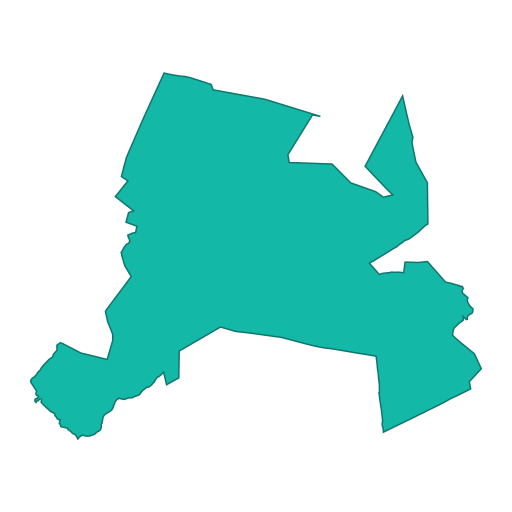 outline of Amatenango del Valle, Chiapas, Mexico
{"feature_id": "50627088B92291205530410", "entity_name": "Amatenango del Valle", "entity_type": "district", "adm_level": 2, "iso_a3": "MEX", "parent_name": "Mexico", "parent_adm1": "Chiapas", "projection": "albers", "projection_center": [-92.415, 16.516], "detail": "fine", "context": "isolated", "style": "filled", "palette": "teal", "viewbox_px": 512, "rotation_deg": 0, "n_neighbors": 0, "source": "geoboundaries", "source_scale": "gbopen_adm2", "svg_char_len": 5935}
<svg xmlns="http://www.w3.org/2000/svg" viewBox="0 0 512 512"><path d="M402.6,95.9L395.6,109.1L391.6,116.7L387.6,124.1L383.4,132.0L378.9,140.4L374.9,147.9L365.1,166.3L369.1,170.5L376.6,178.4L384.9,187.1L387.9,190.2L391.7,193.8L392.9,194.9L383.5,197.2L381.7,196.0L375.7,191.7L350.8,182.9L332.0,164.0L324.7,163.8L297.9,162.8L289.2,162.6L287.9,154.7L312.5,114.9L320.4,116.4L264.6,99.2L218.4,90.8L213.1,89.8L211.1,84.4L193.1,78.6L190.8,77.9L189.2,77.4L184.4,76.4L183.6,76.4L183.4,76.4L180.3,76.1L171.9,74.8L165.9,73.5L164.1,73.0L143.1,119.0L128.8,151.9L126.2,158.1L125.1,162.7L124.1,166.0L123.2,169.6L123.1,170.1L122.8,171.1L122.6,171.9L122.1,174.0L121.4,176.5L122.9,177.6L123.4,177.9L123.9,178.2L127.9,180.9L123.7,186.1L122.9,187.2L122.5,187.7L122.1,188.1L122.0,188.3L121.4,189.1L120.8,189.8L119.5,191.5L119.4,191.7L118.8,192.3L118.4,192.8L117.9,193.5L117.0,194.6L116.7,195.0L115.7,196.2L115.3,196.6L116.5,197.5L117.8,198.5L119.1,199.5L120.1,200.3L121.4,201.4L123.0,202.6L124.4,203.7L125.7,204.7L133.6,210.9L128.6,212.6L126.8,219.2L126.8,219.3L126.8,219.5L126.7,219.8L126.0,222.2L136.9,226.2L135.6,232.6L132.2,233.1L131.5,233.6L127.8,235.1L128.1,236.1L128.4,237.5L128.7,238.0L129.0,238.4L129.4,239.5L129.6,241.3L129.9,241.6L129.1,242.5L128.0,243.6L126.6,244.2L124.9,246.3L124.0,247.5L123.6,248.1L123.2,249.1L122.8,249.9L122.6,250.1L121.8,251.5L121.1,252.6L121.5,253.3L121.7,253.6L121.8,253.8L121.7,254.6L121.6,255.2L121.8,255.6L121.9,256.1L122.0,256.4L122.5,257.1L122.5,258.7L122.9,259.1L124.7,265.5L131.2,276.6L119.2,292.7L116.9,295.7L105.4,311.2L107.7,321.7L112.7,334.3L112.8,340.2L112.3,341.9L107.2,359.5L85.1,354.0L81.0,353.1L79.3,352.2L62.7,343.6L60.3,342.7L56.9,345.2L57.0,350.3L54.5,353.0L53.1,354.9L53.1,355.6L52.8,356.2L52.5,357.0L51.9,357.5L51.5,357.8L50.9,358.1L49.8,358.8L48.9,359.6L44.4,364.2L43.7,365.0L42.9,365.8L42.5,366.7L41.8,367.3L41.3,367.9L40.8,368.9L40.4,369.8L39.9,370.4L39.0,371.1L38.2,372.0L37.4,372.9L37.0,373.7L36.8,374.4L36.1,374.9L35.3,376.0L34.9,376.2L33.7,377.4L32.7,377.9L31.2,379.4L31.0,380.1L30.7,380.9L30.7,381.7L31.0,382.6L34.7,388.1L35.7,389.6L36.3,390.8L36.6,391.5L36.3,392.3L35.9,393.1L35.9,394.0L36.1,394.6L36.5,395.2L37.2,395.7L38.5,396.0L38.5,397.1L37.4,398.2L36.3,398.4L35.4,399.0L34.9,399.8L34.9,401.1L36.0,402.5L37.0,401.1L37.5,400.3L37.9,400.4L38.3,400.6L38.7,400.3L39.1,399.6L39.6,398.9L40.6,398.8L41.5,399.4L41.1,402.2L43.8,405.2L50.6,411.5L53.3,412.8L54.6,413.8L54.8,414.4L55.0,415.8L56.2,416.8L57.4,419.0L59.0,419.8L60.2,419.7L60.1,420.4L59.3,423.4L60.5,424.8L60.8,426.6L67.7,428.2L67.9,428.7L68.0,429.5L68.2,429.9L68.6,429.9L69.2,430.1L70.8,431.7L71.4,432.0L72.2,433.0L73.1,433.8L74.0,434.1L75.1,434.7L75.9,435.2L76.3,436.1L76.4,436.5L77.0,437.2L77.8,439.0L78.9,437.7L79.6,436.9L79.9,436.6L80.8,436.2L81.4,435.7L81.4,435.4L82.0,435.2L82.6,435.3L83.3,435.4L84.3,435.7L85.2,435.7L86.0,436.0L86.7,436.2L88.0,436.1L89.6,436.0L94.4,434.4L95.3,433.5L96.0,432.9L96.7,432.3L97.8,431.6L99.1,431.0L100.3,430.0L101.0,428.3L101.4,426.6L101.3,425.6L101.3,424.6L101.5,424.1L101.8,423.5L101.9,423.4L102.1,422.8L102.2,422.2L102.2,421.5L102.5,420.7L102.6,419.9L102.7,419.4L102.8,418.4L103.1,417.4L103.3,416.9L103.8,415.9L104.4,415.0L105.3,414.0L106.0,413.8L107.7,412.7L111.6,410.2L113.5,406.8L113.6,406.3L113.4,405.9L113.4,405.6L113.6,405.3L114.1,404.6L114.5,404.3L114.5,403.8L114.8,402.3L116.3,400.4L117.1,399.2L117.9,399.1L118.8,398.1L119.4,398.5L120.0,398.6L120.7,398.8L121.3,398.9L122.0,398.9L123.4,399.4L125.4,399.1L128.3,398.0L132.2,397.7L135.3,396.3L137.4,395.6L139.4,394.7L140.8,393.0L141.6,391.6L143.6,389.8L146.3,387.6L146.6,387.3L147.4,387.2L148.0,387.3L149.3,386.7L150.1,386.2L150.4,385.9L151.3,385.1L151.6,384.7L152.2,384.3L152.4,383.8L152.7,383.3L153.4,382.9L154.2,382.3L154.2,381.8L154.3,381.5L154.9,381.0L155.0,380.4L155.7,379.8L155.9,379.1L156.3,378.2L157.1,377.6L157.7,377.1L158.0,376.9L158.6,376.7L159.3,376.3L160.4,375.3L163.6,372.1L166.6,384.7L178.8,377.9L179.2,351.0L184.9,347.7L210.4,332.9L220.4,327.0L235.5,331.4L250.3,333.1L281.5,337.4L306.4,344.0L316.2,346.4L319.4,347.0L324.7,347.9L332.6,348.9L359.7,353.5L361.9,353.8L362.1,353.8L367.0,354.6L376.1,356.2L376.6,359.7L377.6,369.6L378.2,373.5L378.6,378.3L378.7,379.6L379.3,383.8L379.3,384.8L379.4,386.3L379.4,387.6L379.4,392.5L379.4,392.8L379.0,392.8L379.1,393.4L379.2,394.7L380.2,402.2L381.0,407.1L381.4,409.6L382.5,419.8L382.6,420.9L382.4,422.3L382.2,423.1L382.2,424.6L382.2,425.3L382.6,426.5L382.7,427.3L383.2,428.5L383.4,431.6L383.4,432.2L393.5,427.2L395.4,426.3L415.4,416.6L418.2,415.1L418.6,414.9L419.9,414.3L424.6,412.2L425.5,411.5L434.4,407.2L443.4,402.7L449.5,399.3L451.3,398.3L457.0,395.7L470.7,388.9L469.3,381.7L481.3,368.7L474.4,353.8L464.4,345.6L457.9,340.3L452.5,335.2L453.0,331.5L454.0,328.1L458.1,324.2L460.0,322.5L460.8,321.9L462.0,321.2L463.3,320.0L463.4,319.2L463.3,318.2L463.0,316.4L464.4,317.5L465.1,318.4L466.3,319.6L467.3,319.3L467.4,317.5L467.6,316.1L469.6,314.5L471.8,313.4L472.5,312.5L472.9,310.5L473.0,309.0L469.6,305.6L467.9,302.6L467.2,300.2L467.9,297.5L466.8,296.8L465.6,295.7L464.2,294.5L462.8,293.4L461.9,291.7L462.6,289.6L463.3,288.5L462.6,287.1L462.5,286.8L462.2,286.3L461.9,286.3L461.6,286.4L461.4,286.4L460.8,286.7L460.1,286.3L459.4,285.6L458.5,285.7L458.2,285.3L457.5,285.2L451.5,283.4L445.5,282.1L427.4,261.5L418.5,262.5L405.1,262.1L403.7,272.7L401.0,272.4L398.7,272.2L394.3,272.3L393.0,272.2L391.7,272.1L389.3,272.6L386.1,273.0L383.5,273.2L381.3,273.7L380.6,274.1L379.8,274.4L379.4,274.6L369.5,263.3L371.1,262.2L372.0,261.5L372.9,261.3L378.9,257.5L379.1,257.4L386.4,253.0L393.4,248.6L396.2,247.1L397.3,246.3L398.1,245.7L398.8,244.9L399.3,244.6L400.1,244.0L400.6,243.6L401.8,242.9L402.6,242.3L404.2,240.9L405.5,240.3L406.2,240.0L407.2,239.7L408.0,239.4L409.4,238.7L415.4,234.3L418.5,231.9L421.8,228.7L425.6,225.3L427.9,224.0L427.4,182.8L418.5,166.8L415.9,162.1L411.9,142.4L412.9,137.3L409.0,124.0L408.3,120.6L406.7,114.0L402.6,95.9Z" fill="#14b8a6" stroke="#0f766e" stroke-width="1.5"/></svg>